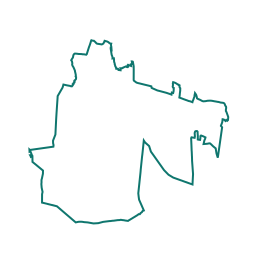 the district of Totolapan, Morelos, Mexico, rotated 172°
{"feature_id": "50627088B61974871985528", "entity_name": "Totolapan", "entity_type": "district", "adm_level": 2, "iso_a3": "MEX", "parent_name": "Mexico", "parent_adm1": "Morelos", "projection": "natural_earth1", "projection_center": [-98.929, 18.996], "detail": "fine", "context": "isolated", "style": "outline", "palette": "teal", "viewbox_px": 256, "rotation_deg": 172, "n_neighbors": 0, "source": "geoboundaries", "source_scale": "gbopen_adm2", "svg_char_len": 5003}
<svg xmlns="http://www.w3.org/2000/svg" viewBox="0 0 256 256"><g transform="rotate(172 128 128)"><path d="M165.7,38.5L159.3,38.4L158.6,38.3L158.4,38.3L158.2,38.3L157.3,38.3L157.1,38.3L156.9,38.3L156.7,38.3L156.3,38.3L154.9,38.2L152.9,38.2L151.2,38.2L148.9,38.0L147.9,38.1L146.7,37.7L144.8,37.2L143.4,36.7L143.0,36.6L140.9,36.0L140.0,36.5L139.6,36.6L130.8,40.4L129.4,41.2L129.1,41.1L128.7,41.1L128.3,41.0L127.8,41.4L127.5,41.9L127.2,42.1L126.8,42.3L126.4,42.5L126.0,42.7L125.8,42.9L125.3,43.6L125.1,43.7L124.9,43.9L124.2,44.0L123.8,44.1L127.0,55.5L127.0,58.2L126.9,61.9L125.9,65.9L121.9,81.9L121.5,83.6L121.2,85.0L118.0,97.9L117.5,99.7L116.7,102.9L116.4,104.1L114.1,113.4L113.1,111.3L109.6,107.2L108.6,101.4L106.6,97.6L98.2,81.3L94.4,76.1L90.1,72.6L72.0,63.1L70.0,73.3L69.1,86.8L69.0,87.5L68.8,89.3L68.6,91.2L68.6,91.3L68.6,91.5L68.5,92.4L68.2,95.4L68.1,97.0L67.6,101.9L66.9,109.1L66.4,109.9L63.4,109.0L62.9,110.4L62.7,113.7L62.0,115.2L61.1,115.5L60.0,115.3L59.6,114.6L59.8,112.9L59.9,111.0L60.0,110.1L60.5,106.9L59.7,106.6L58.3,106.2L58.1,106.7L57.7,108.0L57.4,109.9L56.7,110.4L54.5,109.2L52.6,107.9L53.1,106.6L53.9,105.4L54.2,104.8L55.4,101.6L52.0,101.4L51.1,101.4L50.0,101.5L49.0,101.4L47.9,100.2L47.3,99.4L46.9,98.9L46.3,98.1L44.0,95.6L43.9,90.5L43.5,87.7L43.2,86.1L34.7,115.6L35.7,117.2L35.1,118.3L34.3,119.8L33.8,120.8L33.5,121.9L33.1,123.5L32.8,123.4L32.2,123.2L31.6,122.8L30.5,121.4L29.6,122.3L28.8,121.3L27.9,121.9L27.2,124.9L27.5,126.4L27.9,128.3L28.3,130.2L28.7,131.2L28.5,132.6L28.1,133.8L27.9,135.0L28.0,135.7L28.2,135.9L28.6,136.7L28.8,137.9L29.2,138.9L29.6,139.3L30.0,139.5L30.3,139.7L32.7,140.3L34.7,141.2L35.9,141.5L36.1,141.6L37.6,142.1L38.9,142.5L40.6,143.1L42.0,143.5L43.1,143.7L45.5,143.9L47.3,143.8L47.5,143.8L49.5,143.9L50.6,144.3L52.2,145.5L52.3,145.6L53.4,146.3L54.3,146.8L54.7,147.1L55.5,147.7L55.6,149.5L55.8,150.9L56.0,151.7L56.1,151.8L56.8,153.2L57.1,152.3L57.5,151.4L57.8,149.8L58.6,148.5L59.2,147.2L60.2,145.6L60.6,144.6L62.8,145.8L64.2,146.3L65.6,147.1L66.8,147.7L67.7,148.2L68.5,148.6L70.3,149.6L71.4,150.2L72.9,151.0L72.2,153.4L71.8,155.2L71.4,156.6L71.1,157.7L70.9,159.0L70.7,160.1L71.0,160.6L71.3,161.5L71.0,163.0L71.8,163.4L71.8,163.8L72.9,164.4L73.2,164.7L73.3,164.8L74.1,165.5L75.4,166.4L76.9,167.1L77.4,165.9L77.4,165.1L77.5,164.2L77.8,163.3L78.0,162.6L77.7,161.7L77.1,161.3L77.5,159.1L77.7,158.3L77.8,157.9L78.4,156.4L79.7,157.0L80.3,155.0L81.9,155.9L85.1,157.5L91.7,160.3L93.7,161.1L99.0,164.4L99.1,166.0L101.5,167.0L106.3,168.9L110.5,170.6L111.6,171.0L113.3,171.8L115.6,174.1L115.7,174.8L114.2,185.1L113.9,187.5L113.8,188.1L113.8,188.8L113.8,189.0L114.0,193.0L114.5,193.3L115.0,193.4L114.9,190.8L116.3,190.7L116.3,189.0L118.2,190.0L118.3,190.1L119.2,190.6L119.5,190.3L119.3,189.9L119.3,188.7L119.8,188.3L120.6,188.5L121.0,189.1L121.4,189.3L123.6,188.7L124.2,188.6L124.5,188.5L124.9,188.1L125.2,188.0L126.0,188.1L127.1,188.2L126.9,187.6L127.1,187.1L127.3,186.2L127.9,186.4L127.9,186.9L128.7,186.6L129.4,186.8L129.7,188.0L130.8,188.2L131.4,188.3L131.3,189.2L131.6,189.5L131.6,189.9L131.7,190.4L132.0,190.9L132.1,192.3L132.3,192.9L132.2,193.6L132.3,194.3L132.5,195.3L132.5,195.7L132.4,197.2L132.3,197.6L132.3,199.0L132.8,199.0L133.7,199.0L133.5,199.8L133.6,201.1L134.0,202.8L134.1,209.1L133.9,210.1L133.7,210.1L133.5,209.6L133.3,209.2L133.2,210.7L133.3,211.9L133.3,212.4L133.1,213.5L132.9,213.9L134.4,214.4L135.4,215.7L136.7,216.6L138.8,217.5L138.9,217.0L139.4,217.0L139.6,216.5L140.7,215.0L142.3,214.4L146.9,215.8L147.6,216.4L147.8,216.8L148.5,217.8L149.3,218.7L149.6,219.1L150.1,219.2L151.1,219.5L152.1,220.0L152.2,219.9L153.5,217.1L154.5,215.1L155.4,213.5L158.6,206.8L159.0,206.6L159.2,206.4L161.3,207.1L161.5,207.1L162.4,207.3L162.9,207.4L163.1,207.4L163.4,207.6L165.5,208.0L166.3,208.1L168.4,208.7L170.3,209.1L171.0,208.8L171.7,208.1L171.9,207.7L172.0,207.6L172.6,205.8L172.8,205.4L173.7,204.4L174.6,203.3L174.8,203.0L174.2,201.8L174.2,201.1L174.1,200.0L174.5,198.4L174.2,197.2L173.6,195.9L173.3,194.9L172.6,192.3L172.6,191.3L172.4,189.2L172.3,187.5L172.7,186.3L172.3,185.7L172.6,184.0L172.8,183.6L173.2,183.2L173.5,183.1L174.5,181.9L174.7,182.0L174.8,181.8L174.7,181.6L174.7,181.4L174.6,181.0L174.5,180.9L174.8,180.4L175.1,180.2L175.4,180.1L175.6,180.1L175.8,179.1L176.1,179.0L176.6,179.1L176.7,178.6L177.0,178.1L176.9,177.8L177.3,177.6L177.7,177.1L178.6,177.2L179.4,177.7L182.7,178.8L184.0,179.3L185.9,180.0L186.3,179.1L186.5,178.6L187.2,177.1L191.8,171.2L193.2,169.4L193.4,168.5L193.5,167.9L195.7,157.5L195.8,157.0L196.8,152.2L197.6,148.3L197.9,146.8L200.8,131.6L204.0,125.9L204.3,123.4L204.1,121.4L204.5,119.9L228.2,119.9L228.6,120.4L228.8,118.2L227.9,118.5L227.0,114.8L228.7,114.7L228.5,114.3L228.2,112.9L227.5,113.2L226.6,113.2L227.3,107.7L221.4,101.3L218.1,97.7L218.6,94.6L220.2,90.2L220.9,88.6L221.2,86.2L221.6,84.5L221.8,80.8L221.5,76.6L222.3,74.4L223.5,66.1L209.3,60.4L192.9,41.8L190.2,42.0L188.9,41.9L187.4,41.7L186.1,41.4L184.6,40.9L181.9,40.3L181.0,40.1L175.5,38.3L170.7,37.9L165.7,38.5Z" fill="none" stroke="#0f766e" stroke-width="2"/></g></svg>